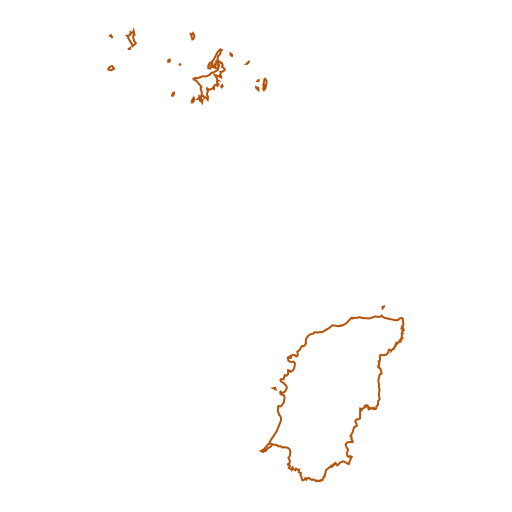 outline of Jepara, Jawa Tengah, Indonesia
{"feature_id": "22746128B68650893607060", "entity_name": "Jepara", "entity_type": "district", "adm_level": 2, "iso_a3": "IDN", "parent_name": "Indonesia", "parent_adm1": "Jawa Tengah", "projection": "robinson", "projection_center": [110.605, -6.261], "detail": "fine", "context": "isolated", "style": "outline", "palette": "amber", "viewbox_px": 512, "rotation_deg": 0, "n_neighbors": 0, "source": "geoboundaries", "source_scale": "gbopen_adm2", "svg_char_len": 5948}
<svg xmlns="http://www.w3.org/2000/svg" viewBox="0 0 512 512"><path d="M322.4,480.3L324.0,476.2L324.6,476.4L324.8,475.6L326.0,470.1L330.1,466.8L330.9,466.9L331.2,465.9L332.0,466.6L332.5,465.5L333.2,465.6L333.4,464.5L334.4,464.6L334.4,463.8L335.4,462.9L337.3,465.4L340.5,462.4L343.5,461.3L348.5,464.1L349.2,463.7L349.4,461.8L351.7,456.7L349.7,456.1L349.0,457.0L347.3,455.9L346.9,453.3L348.1,449.5L346.6,447.4L345.6,444.4L347.4,442.3L352.6,441.9L352.1,441.1L352.5,440.6L351.4,439.3L351.7,437.5L350.4,436.1L352.5,432.6L354.1,427.2L356.9,425.8L356.3,423.0L355.4,422.1L355.5,420.5L357.0,419.3L358.8,419.3L360.0,418.4L360.2,408.5L361.1,408.7L361.6,410.0L362.7,408.5L364.9,407.4L364.6,406.4L366.5,406.4L365.4,405.7L366.3,405.2L367.7,405.5L368.6,409.4L369.6,409.2L369.4,407.6L372.0,408.5L373.6,407.8L373.6,409.0L375.4,409.0L376.0,408.7L376.5,406.4L378.0,404.8L378.1,401.3L379.5,399.5L379.6,398.3L378.8,394.9L379.6,388.9L378.7,386.8L379.1,385.2L378.3,380.6L379.5,375.3L380.2,374.2L381.7,373.5L380.4,368.7L378.2,367.1L378.9,366.0L378.3,365.3L379.2,364.3L378.8,361.7L379.4,362.0L380.1,359.0L379.8,356.4L380.6,354.8L382.4,355.3L386.1,354.8L388.0,352.8L388.9,349.6L391.0,350.3L391.1,351.0L392.4,349.3L393.7,349.0L393.7,348.0L395.5,346.2L395.1,345.4L396.7,344.1L396.0,343.8L396.3,342.7L398.2,342.7L399.4,341.7L399.5,340.7L400.6,341.4L400.7,340.1L401.4,339.7L401.0,338.9L402.5,337.9L401.6,336.9L402.0,334.2L402.6,333.8L401.8,333.4L402.6,331.9L402.2,331.3L403.7,330.2L403.6,329.3L402.5,329.3L402.6,328.5L401.8,328.4L402.6,327.5L401.8,327.2L401.9,326.4L402.6,326.3L403.4,324.4L402.7,318.5L401.4,318.0L399.4,318.5L398.2,319.9L395.6,320.3L384.8,317.9L382.6,316.8L381.7,315.6L380.6,316.6L377.7,316.9L375.6,316.4L369.6,318.4L362.8,318.1L359.4,317.1L357.3,317.9L353.1,317.9L352.6,318.5L351.4,317.8L346.5,323.1L342.0,325.7L341.0,325.2L340.2,325.9L337.8,326.1L332.5,325.3L329.3,327.9L321.9,332.2L319.2,332.1L317.4,332.8L316.4,332.2L314.2,332.4L313.4,333.5L309.9,334.5L307.5,336.6L306.0,339.1L305.7,342.1L306.1,343.0L305.1,344.9L303.5,346.3L302.0,346.0L299.1,350.5L297.3,351.6L297.8,354.7L297.3,356.0L296.2,356.5L294.9,355.2L292.4,355.0L290.6,356.0L291.1,356.7L290.8,357.9L289.6,357.8L289.1,357.0L287.7,357.7L288.4,360.5L289.2,361.3L291.5,362.1L293.2,361.6L294.7,362.7L294.9,364.2L294.2,368.2L292.7,370.6L290.5,371.8L289.3,370.5L288.1,370.2L288.1,374.1L286.3,375.8L284.7,375.1L283.6,379.3L281.2,379.1L280.5,380.0L280.5,380.7L281.7,382.0L284.3,383.4L284.9,384.7L286.0,385.4L286.9,387.7L285.8,390.4L284.3,392.2L281.7,392.8L280.6,391.6L280.2,392.2L280.5,394.1L284.2,395.5L284.6,397.4L283.8,402.3L281.4,405.9L280.4,406.5L278.5,406.0L278.1,406.6L277.8,411.6L278.8,413.0L278.9,414.8L280.1,415.8L281.0,417.6L280.9,420.8L276.6,431.4L269.5,442.2L269.6,443.6L267.6,444.8L264.2,449.1L261.0,451.0L263.2,452.0L264.1,451.0L265.6,451.1L266.1,449.4L267.3,449.3L268.0,447.8L269.6,447.5L271.6,445.6L271.8,444.3L270.6,443.3L272.8,444.5L276.9,445.1L278.2,446.3L280.6,446.2L282.3,447.6L284.0,447.1L287.8,447.8L289.5,449.2L290.4,451.5L289.8,455.9L288.4,457.8L289.9,460.9L289.6,462.9L287.9,464.1L288.0,464.8L289.5,465.1L289.9,465.8L288.7,467.9L290.4,468.9L291.1,468.7L291.5,469.4L291.6,468.1L292.6,467.2L293.1,469.0L295.1,470.3L296.0,468.6L297.5,469.8L299.1,469.6L298.8,472.3L300.9,473.1L300.5,475.5L301.5,476.5L301.4,477.7L302.5,480.4L304.5,479.6L305.0,478.3L305.8,478.2L306.5,479.6L307.4,478.3L308.7,477.9L311.9,480.0L313.4,479.3L314.4,480.3L316.2,480.3L316.5,481.3L318.9,480.6L319.9,481.2L321.1,480.0L322.4,480.3ZM221.8,50.0L220.4,49.3L217.8,51.8L213.4,60.1L211.3,62.2L209.7,62.9L208.2,65.9L208.6,66.6L208.1,67.9L209.9,68.7L210.9,67.6L211.3,65.9L210.8,65.4L211.6,65.2L212.4,62.2L212.3,67.0L213.7,67.3L215.1,64.0L215.8,65.3L214.5,67.3L215.4,68.2L217.9,68.1L218.4,67.0L218.1,64.7L216.1,61.3L216.5,61.0L218.1,62.8L219.1,65.5L217.8,70.0L213.3,72.6L211.7,72.6L209.7,74.7L206.3,76.4L202.8,76.3L197.5,78.2L195.4,77.9L193.5,78.8L194.1,79.7L195.8,80.2L201.4,86.9L200.5,88.1L201.9,92.8L201.2,96.6L202.9,95.8L204.3,96.6L204.3,97.6L204.7,97.0L206.6,98.1L207.7,99.7L208.1,97.5L206.8,94.0L207.9,91.2L207.0,89.2L207.2,88.3L209.3,89.8L212.7,88.3L213.5,88.8L213.4,88.2L214.0,88.4L213.9,86.3L214.8,85.1L216.5,84.8L217.2,85.7L217.8,84.6L218.4,84.8L218.3,83.8L216.9,82.6L217.3,80.6L218.2,80.6L217.2,80.0L216.8,78.0L214.9,75.1L218.9,76.2L221.2,77.5L221.3,76.6L220.0,74.9L220.7,73.6L220.4,72.0L223.1,71.4L224.8,69.8L224.4,68.5L222.0,66.9L222.7,65.1L221.8,62.9L220.9,63.1L220.0,61.7L218.6,61.6L217.5,59.6L217.9,56.5L220.2,53.9L220.9,50.9L221.8,50.0ZM134.6,34.9L133.6,30.7L132.9,32.9L130.4,32.2L130.5,34.7L127.0,35.8L128.4,37.0L128.2,38.2L129.9,40.8L130.2,40.2L130.1,41.3L132.1,44.5L132.4,46.3L135.7,43.4L135.7,42.8L134.2,41.3L133.1,37.0L133.3,35.6L134.6,34.9ZM266.4,80.5L264.9,78.7L264.5,79.0L263.6,83.8L264.1,84.3L263.5,84.9L264.2,85.4L263.5,85.7L263.9,86.8L263.1,88.3L263.9,90.1L265.2,88.8L266.6,82.9L266.4,80.5ZM112.0,66.0L109.7,67.0L108.3,68.9L108.4,69.6L111.1,70.3L114.1,68.7L112.0,66.0ZM194.2,35.3L193.0,33.1L192.2,34.3L190.7,33.9L192.4,39.4L193.4,38.9L194.2,37.2L194.2,35.3ZM202.3,100.7L200.4,96.9L199.3,96.2L199.4,97.6L197.9,98.9L199.3,98.7L200.0,100.8L201.0,101.0L202.1,102.6L202.3,100.7ZM192.1,102.6L193.8,101.1L194.1,99.1L193.7,97.7L191.9,100.5L191.7,102.3L192.1,102.6ZM258.4,88.1L256.1,87.1L256.2,88.0L258.4,90.1L258.4,88.1ZM173.1,95.7L173.9,93.8L174.0,92.6L173.3,92.7L172.4,94.3L172.1,95.6L173.1,95.7ZM169.4,59.6L168.2,60.4L168.3,61.9L169.7,61.4L170.0,60.0L169.4,59.6ZM231.9,55.9L232.1,54.7L230.5,53.5L230.5,55.0L231.9,55.9ZM275.1,387.7L273.2,388.2L275.6,389.3L275.1,387.7ZM221.6,87.3L222.7,86.2L222.2,85.1L221.1,86.5L221.6,87.3ZM247.4,63.7L249.6,60.9L246.6,63.8L247.4,63.7ZM382.6,308.3L383.8,306.9L383.9,306.5L382.4,307.1L382.6,308.3ZM112.2,37.1L110.8,35.1L110.0,35.9L111.6,36.5L112.2,38.1L112.2,37.1ZM127.9,49.3L130.0,48.8L130.0,48.1L127.9,49.3ZM258.7,80.3L257.9,80.4L257.4,81.1L258.3,81.2L258.7,80.3ZM179.3,65.2L180.2,64.8L180.7,63.5L179.3,65.2Z" fill="none" stroke="#b45309" stroke-width="2"/></svg>